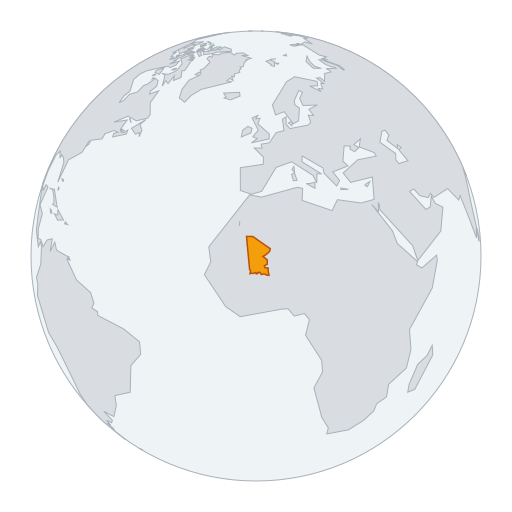 the Earth from above Timbuktu
{"feature_id": "MLI-2688", "entity_name": "Timbuktu", "entity_type": "Region", "adm_level": 1, "iso_a3": "MLI", "parent_name": "Mali", "parent_adm1": "", "projection": "orthographic", "projection_center": [-3.929, 20.026], "detail": "fine", "context": "on_globe", "style": "filled", "palette": "amber", "viewbox_px": 512, "rotation_deg": 0, "n_neighbors": 0, "source": "natural_earth", "source_scale": "10m", "svg_char_len": 11742}
<svg xmlns="http://www.w3.org/2000/svg" viewBox="0 0 512 512"><circle cx="256" cy="256" r="225" fill="#eef3f6" stroke="#a8b0b8"/><path d="M229.9,32.2L222.9,33.5L196.3,39.7L193.8,42.0L172.3,53.0L176.5,52.0L171.1,56.4L173.9,57.1L169.1,59.6L175.5,58.2L179.4,55.8L183.4,54.6L185.5,55.0L179.7,58.0L177.9,58.2L177.2,59.3L173.5,60.8L176.5,60.3L169.3,64.3L179.3,61.1L176.0,65.0L170.5,67.5L167.3,66.2L146.4,70.9L139.8,74.1L133.6,79.5L129.9,91.2L124.1,95.8L119.1,102.7L123.9,100.3L129.6,94.2L137.4,92.1L143.5,85.6L147.6,84.0L155.3,78.3L158.1,80.6L156.7,86.2L150.4,91.2L149.6,94.1L158.8,90.8L150.3,102.6L150.1,114.9L147.4,118.2L136.4,120.8L128.2,116.1L113.9,122.1L127.2,120.0L120.3,129.4L120.9,131.9L123.6,132.8L127.8,130.1L126.3,134.1L112.6,136.9L113.7,133.4L118.1,132.3L114.1,130.5L104.9,133.7L102.1,138.8L91.1,140.2L88.9,144.1L85.4,147.0L89.5,140.4L81.9,152.5L68.4,159.9L57.8,182.2L63.9,162.2L63.4,157.6L61.8,154.7L59.9,158.2L60.3,151.2L56.3,154.5L48.3,170.3L42.9,185.2L43.0,190.7L46.1,184.7L48.0,186.9L40.1,204.5L42.3,213.8L38.4,228.5L38.1,238.4L40.8,239.5L43.1,246.6L47.0,240.0L52.3,238.8L50.1,251.5L54.8,242.1L56.5,250.2L68.4,256.9L66.9,259.2L76.5,279.9L90.6,292.6L93.9,303.1L91.9,308.0L97.6,311.7L97.7,315.4L123.6,328.9L139.5,341.8L140.7,354.3L130.9,365.6L130.2,392.2L114.8,395.6L116.3,405.5L113.9,416.6L103.8,411.3L112.4,420.3L111.5,422.7L106.5,420.2L110.6,425.1L107.2,423.1L113.0,428.0L115.0,431.3L123.2,437.7L125.5,439.7L103.3,421.6L100.9,419.3L101.3,419.7L100.1,418.7L87.6,405.2L80.3,394.4L62.0,356.8L57.3,347.3L48.6,332.5L37.5,295.5L37.8,284.7L36.5,277.3L40.8,264.0L41.5,246.1L40.4,242.1L38.3,246.7L36.4,230.4L38.1,215.7L42.5,184.0L48.1,169.1L54.8,154.7L62.4,140.7L71.0,127.4L80.6,114.7L91.0,102.6L102.2,91.4L114.2,80.9L126.9,71.4L140.3,62.7L154.2,55.0L168.6,48.4L183.5,42.7L198.7,38.1L214.2,34.6L229.9,32.2ZM54.4,189.3L57.1,207.1L52.5,204.3L53.9,203.1L53.9,196.9L52.7,189.5L49.5,188.2L54.4,189.3ZM62.4,180.4L61.7,178.4L62.9,179.5L62.4,180.4ZM153.2,77.6L154.2,78.0L152.3,78.8L153.2,77.6ZM155.7,74.9L152.7,75.6L153.4,74.5L155.2,74.1L155.7,74.9ZM159.2,74.4L155.0,72.4L156.3,70.5L164.3,67.5L159.2,74.4ZM179.7,55.0L175.7,57.4L177.2,55.1L179.7,55.0ZM179.6,53.8L178.2,49.7L185.2,46.7L184.2,48.4L191.7,44.7L195.7,45.2L192.5,47.4L187.3,49.1L192.8,48.1L179.6,53.8ZM249.3,30.9L251.0,30.9L248.0,30.9L249.3,30.9ZM185.2,53.9L184.3,53.1L190.2,50.4L193.1,51.5L190.3,52.0L185.2,53.9ZM191.6,43.7L196.5,42.1L201.2,42.0L203.7,41.5L196.4,45.0L191.6,43.7ZM190.0,52.8L194.4,52.2L193.5,54.0L186.5,54.5L190.0,52.8ZM190.6,49.3L193.5,48.2L192.8,49.1L190.6,49.3ZM192.6,60.7L191.4,59.4L194.4,57.8L192.6,60.7ZM196.1,51.9L196.5,51.3L197.5,50.6L200.2,50.6L196.1,51.9ZM200.2,44.9L201.1,45.3L203.4,43.4L207.0,43.6L201.5,46.1L205.3,45.1L206.4,45.2L200.7,47.2L200.2,44.9ZM206.0,48.8L200.2,52.6L201.8,55.1L199.2,56.5L197.1,52.2L206.0,48.8ZM203.4,47.6L204.4,48.6L200.6,49.6L197.6,49.6L203.4,47.6ZM211.4,43.0L207.4,42.0L208.7,41.6L211.4,43.0ZM207.2,49.3L208.6,48.4L207.8,49.3L207.2,49.3ZM210.9,44.6L209.3,44.2L210.9,43.7L210.9,44.6ZM212.7,47.1L210.8,48.2L208.7,48.1L212.7,47.1ZM212.5,45.8L215.0,45.1L209.0,47.4L211.5,45.6L212.5,45.8ZM212.7,44.1L213.1,43.7L213.1,44.4L212.7,44.1ZM221.8,47.1L214.7,50.0L210.1,49.7L217.5,46.8L221.8,47.1ZM138.9,448.2L140.7,448.8L142.9,450.1L142.2,450.0L138.9,448.2ZM263.5,30.8L261.2,30.8L263.5,30.8ZM466.5,175.8L462.8,167.5L465.6,177.3L471.6,205.4L476.3,226.2L476.6,238.0L467.4,213.8L460.1,195.6L458.7,200.0L447.6,188.6L434.0,197.4L430.3,193.3L428.2,197.6L420.0,195.7L413.7,188.9L409.6,191.5L426.0,209.5L430.2,206.9L431.3,196.1L435.3,203.4L442.9,207.2L440.8,231.0L417.8,260.6L412.7,245.7L379.9,209.7L379.3,204.6L379.0,204.1L378.4,203.2L378.4,211.7L371.8,204.5L392.5,230.9L397.2,243.3L417.6,261.7L416.4,264.8L422.0,267.9L436.6,255.1L437.3,260.4L432.2,288.1L409.5,329.4L410.9,349.7L406.4,368.0L388.6,384.3L386.5,396.9L376.7,403.7L373.7,411.0L363.8,420.2L348.6,429.8L326.8,433.9L328.3,427.9L321.8,417.3L313.9,387.9L322.5,372.1L321.7,360.4L305.6,335.3L309.4,319.5L304.3,313.5L294.3,316.1L288.1,308.8L281.8,309.1L240.2,316.7L225.7,306.6L204.4,274.7L210.7,261.9L208.8,246.8L249.6,194.9L261.7,197.1L297.6,187.2L302.7,188.5L302.1,200.4L332.1,210.6L337.4,199.7L360.9,203.0L374.1,199.4L372.4,177.0L350.6,182.4L343.2,173.0L357.8,159.8L376.2,156.1L374.0,152.5L359.2,146.9L360.4,138.8L353.8,144.6L358.8,147.6L354.7,151.6L349.9,149.1L350.5,146.1L344.1,145.9L342.9,161.2L347.9,165.9L332.9,171.9L339.6,180.6L336.7,186.0L324.1,173.3L323.0,168.0L302.2,155.9L302.0,161.8L321.6,174.0L316.9,173.6L316.8,182.9L313.1,175.5L291.7,161.8L276.1,167.4L261.6,191.4L251.4,194.2L240.4,190.5L240.3,167.7L263.2,164.3L263.5,157.2L254.3,148.0L262.0,148.1L261.1,144.2L269.3,142.8L276.3,132.6L284.0,130.6L282.4,119.2L286.1,116.9L286.0,124.1L290.0,128.6L308.4,125.0L310.7,122.1L308.3,115.2L313.7,115.5L308.9,109.3L317.4,105.0L303.0,105.5L299.7,98.5L302.4,92.3L298.8,90.4L294.3,100.6L294.8,104.8L299.4,108.0L298.6,120.8L293.2,123.8L284.2,111.7L275.6,115.0L272.4,105.0L286.5,81.8L294.6,76.7L317.1,81.4L317.7,85.8L309.9,86.1L321.1,91.7L318.3,88.4L322.7,89.0L320.7,83.3L323.8,83.5L316.6,78.1L320.1,77.7L324.6,81.2L324.6,73.5L330.9,71.9L329.4,70.2L326.0,68.7L336.1,68.3L334.6,67.1L330.7,66.7L325.1,64.2L319.1,59.8L323.0,59.9L325.6,61.4L337.0,65.3L343.5,70.1L344.4,69.7L339.7,65.7L325.9,60.8L321.2,58.3L327.7,59.9L325.0,59.1L323.9,57.9L326.3,56.9L319.1,55.0L301.6,44.0L304.6,41.9L312.4,44.0L304.2,38.7L308.2,38.1L304.6,37.5L298.2,35.5L296.9,35.6L294.7,35.3L277.7,31.9L276.7,31.7L275.6,31.6L291.2,33.5L306.7,36.5L321.9,40.6L336.8,45.7L351.4,51.9L365.4,59.1L378.9,67.2L391.8,76.3L404.0,86.2L415.6,97.0L426.3,108.5L436.2,120.8L445.2,133.7L453.3,147.2L460.4,161.3L466.5,175.8ZM239.7,221.2L239.5,225.8L239.7,221.2ZM398.8,163.6L407.9,160.7L398.6,149.4L401.3,147.6L397.2,144.7L397.9,148.6L386.9,140.5L388.9,135.3L385.2,130.3L381.9,131.1L379.9,142.2L395.7,153.6L395.8,159.7L398.8,163.6ZM68.8,256.9L70.0,260.2L67.9,259.1L68.8,256.9ZM50.3,208.8L51.6,210.6L51.8,213.3L50.5,212.8L50.3,208.8ZM65.4,221.8L67.7,224.6L64.6,223.8L65.4,221.8ZM57.9,209.6L63.5,220.0L57.7,220.2L54.4,213.8L57.6,215.1L57.9,209.6ZM58.6,186.7L59.1,188.6L57.9,190.5L58.6,186.7ZM63.3,181.3L62.8,181.2L63.3,178.9L63.3,181.3ZM121.1,129.2L122.2,129.1L124.2,130.7L121.9,131.5L121.1,129.2ZM141.9,130.4L139.1,136.7L139.4,132.4L135.5,134.3L131.5,128.3L145.9,119.6L140.1,124.4L141.9,130.4ZM130.2,118.6L131.1,122.9L129.5,118.6L130.2,118.6ZM247.8,126.4L252.0,128.3L251.0,132.9L241.3,137.0L242.7,130.3L247.8,126.4ZM258.3,130.2L252.1,117.9L257.9,115.4L255.7,118.8L260.1,118.3L257.8,123.7L269.3,134.0L269.2,138.9L251.3,142.9L257.3,138.6L252.8,136.7L258.3,130.2ZM226.2,96.8L223.6,93.1L239.5,92.3L240.1,96.0L230.4,99.9L224.1,97.9L226.2,96.8ZM174.2,70.0L172.1,69.8L173.7,68.8L176.8,68.2L174.2,70.0ZM191.8,60.2L184.6,70.6L182.0,70.7L181.0,77.5L173.6,80.5L174.4,75.8L168.0,83.6L165.8,80.7L162.2,86.1L165.0,75.5L162.7,73.6L168.0,74.4L174.9,71.6L177.3,69.8L182.2,63.7L180.8,59.0L187.4,56.0L192.5,55.1L193.8,55.8L189.1,57.4L194.3,57.1L188.4,60.0L191.8,60.2ZM247.7,55.4L241.7,55.5L251.1,58.3L245.3,60.1L246.8,60.3L244.1,62.9L243.3,66.6L240.1,67.1L241.2,68.4L239.4,70.3L239.8,72.4L234.3,74.1L234.3,76.9L231.6,76.2L233.2,80.6L229.6,78.2L226.9,80.9L231.8,81.8L201.2,89.4L191.1,95.5L184.6,102.2L179.3,98.0L182.0,89.4L189.1,80.1L199.5,75.3L195.2,74.6L199.0,72.2L200.8,73.7L200.2,70.1L203.8,68.6L210.0,62.2L207.0,58.6L209.2,56.4L212.2,57.2L212.3,54.6L219.5,54.7L221.2,53.3L230.0,52.3L234.7,55.1L236.3,53.3L243.1,52.9L247.7,55.4ZM224.3,46.9L231.2,49.1L231.5,51.3L216.1,52.2L213.5,53.4L203.6,54.7L203.5,51.6L206.3,51.5L209.0,50.6L208.0,51.9L210.8,50.3L214.8,50.2L218.1,49.0L219.5,49.9L224.3,46.9ZM306.3,183.5L309.9,183.5L314.9,182.2L315.0,188.3L306.3,183.5ZM291.6,174.3L294.5,173.1L297.1,180.4L293.4,180.7L291.6,174.3ZM293.9,166.5L294.5,172.4L292.0,169.4L293.9,166.5ZM288.4,122.9L291.3,121.6L292.4,123.1L291.8,125.8L288.4,122.9ZM274.5,66.4L271.0,65.5L271.3,64.7L266.0,61.2L269.9,60.0L274.6,61.6L274.5,66.4ZM369.9,181.6L367.4,186.7L364.8,185.2L366.2,183.7L369.9,181.6ZM340.8,188.0L348.5,189.3L340.8,189.6L340.8,188.0ZM277.8,64.4L275.2,63.0L278.7,63.3L277.8,64.4ZM272.4,59.0L276.2,58.9L269.8,59.4L272.4,59.0ZM432.8,354.9L414.8,389.3L407.7,392.2L409.2,384.1L417.7,364.3L426.9,355.7L432.2,345.4L432.8,354.9ZM476.8,227.7L479.2,238.0L478.9,241.6L476.8,227.7ZM307.0,56.1L310.0,61.9L314.7,66.2L321.3,68.4L313.2,68.2L306.0,61.5L307.0,56.1ZM301.9,45.3L296.0,44.1L297.6,43.4L299.2,43.6L301.9,45.3ZM299.0,45.4L293.6,46.2L289.8,44.8L294.8,44.4L299.0,45.4ZM286.0,54.2L286.6,55.9L283.7,55.5L286.0,54.2ZM252.6,30.8L251.1,30.9L250.9,30.8L252.6,30.8ZM294.1,35.4L291.0,34.9L290.9,34.6L294.1,35.4ZM282.5,33.6L284.8,34.3L280.8,33.5L282.5,33.6ZM290.1,36.0L284.9,34.5L292.1,36.1L290.1,36.0Z" fill="#d9dde1" stroke="#a8b0b8" stroke-width="1"/><path d="M252.8,236.5L253.1,236.7L253.4,236.9L253.6,237.0L253.9,237.2L254.3,237.5L254.6,237.7L254.9,237.9L255.2,238.1L255.4,238.3L255.7,238.5L256.0,238.7L256.3,238.9L256.6,239.2L256.9,239.4L257.2,239.6L257.4,239.8L257.7,240.0L258.0,240.2L258.3,240.4L258.6,240.6L258.9,240.8L259.2,241.0L259.5,241.2L259.8,241.4L260.1,241.7L260.4,241.9L260.8,242.1L261.1,242.3L261.4,242.5L261.7,242.8L262.0,243.0L262.3,243.2L262.6,243.4L263.0,243.6L263.3,243.9L263.6,244.1L263.9,244.3L264.2,244.5L264.5,244.7L264.9,244.9L265.2,245.2L265.5,245.4L265.8,245.6L266.1,245.8L266.4,246.0L266.8,246.3L267.1,246.5L267.4,246.7L267.7,246.9L268.0,247.1L268.4,247.3L268.7,247.6L269.0,247.8L269.3,248.0L269.6,248.2L270.0,248.4L270.3,248.6L269.6,251.4L267.3,253.5L265.6,254.9L263.0,256.4L265.3,258.3L267.0,259.7L267.3,260.1L267.2,264.3L266.5,264.7L264.6,265.6L264.3,265.8L264.6,266.8L264.7,267.3L264.7,267.5L265.0,267.7L266.6,267.8L267.7,267.9L267.9,268.0L268.1,268.0L268.2,268.5L268.2,268.8L268.1,269.3L268.2,270.4L268.2,270.9L268.2,271.5L268.4,272.3L268.4,272.5L268.5,272.7L268.7,273.5L268.8,273.9L269.0,275.3L268.2,275.3L266.3,275.0L265.9,274.6L265.6,274.4L265.2,274.2L264.5,274.0L264.0,274.0L263.6,274.0L263.4,274.0L262.8,274.1L262.1,274.4L261.6,274.5L261.3,274.5L261.0,274.3L260.9,273.9L260.4,273.2L260.4,272.9L260.0,272.6L259.8,272.4L259.7,272.4L259.4,272.4L258.9,272.5L258.9,272.3L258.7,272.2L258.6,272.3L258.3,272.7L257.9,272.7L257.7,272.9L257.6,273.0L257.7,273.4L257.5,273.5L257.3,273.6L257.1,273.8L256.8,273.7L256.3,273.8L256.3,273.4L256.2,273.1L255.9,272.9L255.8,272.5L255.5,272.5L255.2,272.6L254.8,272.9L254.3,273.0L254.0,273.2L253.1,273.5L252.5,273.4L251.9,273.4L251.6,273.4L251.4,273.3L251.1,273.1L250.8,273.3L250.6,273.5L250.0,273.7L250.1,273.3L250.2,272.9L250.2,272.5L250.3,272.2L250.4,271.8L250.5,271.4L250.5,271.1L250.6,270.7L250.4,270.4L250.1,270.2L249.8,269.9L249.7,269.8L249.6,269.7L249.6,269.2L249.5,268.8L249.5,268.5L249.5,268.1L249.4,267.8L249.4,267.4L249.4,267.1L249.3,266.7L249.3,266.4L249.3,266.0L249.2,265.7L249.2,265.3L249.2,264.9L249.1,264.6L249.1,264.2L249.1,263.9L249.0,263.5L249.0,263.1L249.0,262.8L248.9,262.4L248.9,262.1L248.9,261.7L248.8,261.3L248.8,261.0L248.7,260.6L248.7,260.2L248.7,259.9L248.6,259.5L248.6,259.3L248.6,259.0L248.6,258.8L248.6,258.6L248.5,258.0L248.5,257.5L248.4,257.1L248.4,256.6L248.3,256.1L248.3,255.6L248.2,255.1L248.2,254.6L248.1,254.1L248.1,253.7L248.1,253.4L248.0,252.9L248.0,252.4L248.0,252.2L247.9,251.7L247.9,251.3L247.8,250.8L247.8,250.3L247.7,249.8L247.7,249.4L247.6,248.9L247.6,248.4L247.6,247.9L247.5,247.5L247.5,247.0L247.4,246.5L247.4,246.0L247.3,245.6L247.3,245.1L247.2,244.6L247.2,244.1L247.2,243.8L247.2,243.7L247.1,243.2L247.1,242.7L247.0,242.2L247.0,241.8L246.9,241.3L246.9,240.8L246.9,240.6L246.8,240.0L246.8,239.5L246.8,239.3L246.8,239.2L246.7,238.9L246.7,238.6L246.7,238.3L246.7,238.0L246.6,237.7L246.6,237.4L246.6,237.0L246.5,236.7L246.5,236.4L247.3,236.4L248.1,236.4L248.9,236.4L249.7,236.5L250.5,236.5L251.2,236.5L252.0,236.5L252.8,236.5Z" fill="#f59e0b" stroke="#b45309" stroke-width="1.5"/></svg>